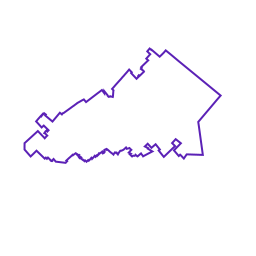 José María Morelos, Quintana Roo, Mexico, rotated 220°
{"feature_id": "50627088B89953909022202", "entity_name": "José María Morelos", "entity_type": "district", "adm_level": 2, "iso_a3": "MEX", "parent_name": "Mexico", "parent_adm1": "Quintana Roo", "projection": "albers", "projection_center": [-88.782, 19.708], "detail": "fine", "context": "isolated", "style": "outline", "palette": "violet", "viewbox_px": 256, "rotation_deg": 220, "n_neighbors": 0, "source": "geoboundaries", "source_scale": "gbopen_adm2", "svg_char_len": 4302}
<svg xmlns="http://www.w3.org/2000/svg" viewBox="0 0 256 256"><g transform="rotate(220 128 128)"><path d="M77.9,212.4L97.8,212.2L132.5,211.8L134.6,211.8L139.8,211.8L141.4,211.8L149.0,211.7L149.0,209.0L149.3,205.5L149.6,203.0L160.3,203.1L160.3,202.8L162.5,202.8L162.5,199.1L160.2,198.9L158.4,198.8L158.6,192.9L156.0,192.8L156.4,189.2L156.6,187.4L156.9,184.5L157.0,183.0L156.1,182.9L156.1,181.5L152.9,181.8L152.3,181.5L152.0,181.4L152.4,177.5L152.4,177.4L152.6,175.6L153.6,175.5L153.6,174.4L152.8,174.4L153.1,171.2L157.6,171.7L160.9,172.1L160.9,173.1L164.7,173.5L164.7,171.7L164.7,170.0L164.8,166.9L164.8,165.2L164.9,163.5L164.9,160.8L165.0,158.7L165.2,152.7L165.2,151.3L165.2,150.8L165.3,147.7L163.3,147.5L163.2,147.4L163.2,147.2L159.9,142.6L159.6,142.0L162.0,140.9L161.9,140.5L162.9,139.4L163.3,139.5L164.2,139.6L164.3,139.7L164.5,139.9L169.9,141.0L168.6,139.4L172.4,140.3L173.1,137.2L173.7,134.7L176.8,120.9L180.2,121.5L180.9,119.8L181.0,119.5L181.1,119.4L181.9,117.1L182.7,115.0L182.8,114.9L182.9,114.7L182.9,114.4L182.9,114.2L187.0,97.9L187.5,97.3L187.4,95.9L190.0,95.9L190.0,95.1L190.0,89.2L190.0,84.4L199.5,84.4L199.6,85.2L199.6,85.5L201.7,85.4L201.7,84.3L202.3,84.3L202.4,82.0L202.0,82.1L201.9,81.0L202.5,80.9L202.6,77.3L202.6,75.9L202.6,74.0L199.4,73.6L194.5,72.9L194.1,75.7L187.4,75.2L187.5,73.4L188.8,73.7L189.0,72.5L188.8,70.3L188.2,70.5L186.6,70.5L185.7,70.3L185.0,70.2L185.1,69.9L185.2,66.6L185.7,66.7L195.1,67.7L197.5,49.9L195.6,47.6L195.2,47.1L193.4,45.0L184.3,43.6L184.0,46.3L183.5,51.8L172.1,51.0L171.9,52.5L170.3,52.3L170.3,53.9L166.2,53.6L166.2,53.4L165.6,53.4L164.9,53.8L164.8,54.1L165.2,54.5L165.1,56.4L161.7,55.8L153.4,61.2L153.4,61.9L153.3,63.4L154.3,63.4L154.1,65.0L154.0,65.8L153.9,66.8L153.6,68.5L153.2,71.8L152.7,71.7L152.3,73.4L151.8,75.1L150.9,75.0L149.8,74.8L149.7,75.3L148.8,75.1L148.2,76.0L147.9,76.0L148.1,74.6L147.5,74.3L145.9,73.9L145.9,74.1L146.2,74.3L146.4,74.4L146.5,74.5L146.3,74.7L146.1,74.9L146.1,75.0L145.9,75.2L145.7,75.3L145.3,75.4L145.0,75.4L144.8,75.4L144.8,75.1L144.8,74.7L144.8,74.3L143.6,74.4L143.4,74.4L143.2,74.4L142.8,74.5L142.3,74.5L142.3,74.8L142.1,74.8L141.7,74.7L141.0,74.7L140.1,74.6L140.1,74.9L140.1,75.3L140.1,75.6L139.1,75.6L138.1,75.5L138.0,76.6L137.9,77.8L137.1,77.7L137.1,77.9L137.0,78.2L136.9,78.3L136.9,78.6L136.9,79.1L136.9,79.3L136.9,79.6L136.9,80.1L136.9,80.5L136.9,81.0L136.9,81.3L136.9,81.5L136.9,81.8L136.7,81.8L136.5,81.7L136.1,81.5L135.9,81.4L135.7,81.3L135.7,81.5L135.6,81.9L135.6,82.0L135.6,85.3L134.4,85.0L134.4,86.7L133.7,86.6L133.5,88.3L133.9,88.5L133.7,89.7L133.8,89.9L133.3,90.0L133.2,91.3L132.7,91.7L132.6,93.7L132.4,93.8L132.0,93.5L131.6,93.7L131.3,93.6L131.6,93.0L130.9,92.5L130.5,93.4L130.9,93.7L130.7,94.1L130.6,94.3L130.5,94.7L131.3,95.5L132.0,96.1L131.4,97.3L131.1,98.0L130.1,97.7L129.9,98.2L129.9,98.3L128.8,98.3L127.8,98.3L127.4,98.2L126.4,98.2L125.8,98.2L125.0,98.2L124.4,98.3L123.8,98.3L122.1,98.3L122.2,98.6L122.2,98.9L122.2,99.4L122.3,99.8L122.3,100.4L122.3,101.0L120.4,101.3L120.5,101.7L118.8,101.3L118.9,101.8L119.1,102.9L119.2,104.2L119.3,105.5L118.9,106.1L118.5,106.3L118.3,106.5L118.2,106.8L118.1,107.2L118.0,107.3L117.5,108.4L117.3,109.6L117.1,111.0L117.0,111.8L115.5,111.3L115.2,111.8L114.4,112.9L114.0,113.6L113.6,113.5L111.4,113.4L111.5,112.2L111.6,109.6L109.3,110.1L109.6,109.0L109.1,109.0L108.2,108.9L106.8,108.8L106.6,108.8L106.3,110.1L105.4,110.7L105.0,111.0L104.9,111.4L104.9,111.5L104.9,111.8L104.9,112.0L105.0,112.3L104.7,112.3L104.1,112.3L103.9,112.3L103.6,112.3L103.4,112.3L103.0,112.3L102.9,112.3L102.5,112.3L102.4,112.5L102.4,112.9L102.3,113.1L102.3,113.4L102.2,113.9L102.0,114.9L102.0,115.1L101.9,116.0L101.8,116.3L101.8,116.6L101.7,116.9L101.4,116.8L101.2,116.7L100.8,116.6L100.0,116.5L99.7,116.4L99.3,116.3L98.7,116.2L98.2,116.0L97.8,117.1L97.4,118.1L97.2,118.5L97.0,119.1L94.6,124.9L94.6,125.1L94.3,125.7L95.1,125.6L99.6,124.9L99.8,125.5L102.8,124.8L103.2,124.7L102.9,127.5L102.8,128.6L97.3,127.9L97.2,128.5L96.4,133.3L91.4,132.3L89.8,132.0L90.1,130.5L85.2,129.5L83.7,129.2L82.0,128.9L80.5,142.9L80.3,144.4L84.5,144.8L84.3,150.1L77.7,150.3L78.4,140.4L71.1,139.2L70.9,141.1L70.5,141.1L65.6,140.5L66.1,145.5L63.6,147.5L60.9,149.6L57.6,152.2L54.9,154.3L53.4,155.5L74.6,174.7L75.5,175.5L78.1,177.8L78.0,202.8L78.0,206.2L77.9,212.4Z" fill="none" stroke="#5b21b6" stroke-width="2"/></g></svg>